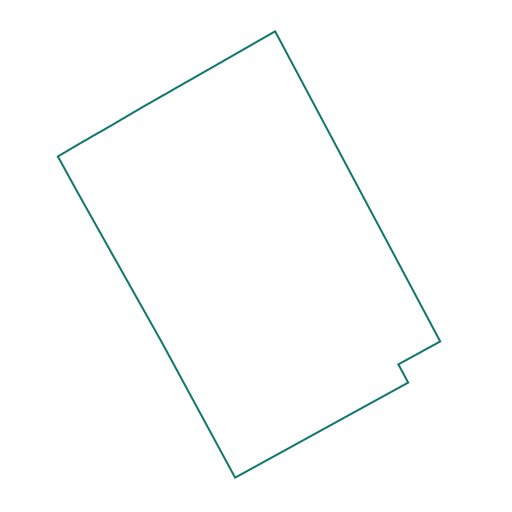 the district of Jasper, Missouri, United States of America, rotated 60°
{"feature_id": "52423323B94294410051786", "entity_name": "Jasper", "entity_type": "district", "adm_level": 2, "iso_a3": "USA", "parent_name": "United States of America", "parent_adm1": "Missouri", "projection": "natural_earth1", "projection_center": [-94.517, 37.206], "detail": "fine", "context": "isolated", "style": "outline", "palette": "teal", "viewbox_px": 512, "rotation_deg": 60, "n_neighbors": 0, "source": "geoboundaries", "source_scale": "gbopen_adm2", "svg_char_len": 617}
<svg xmlns="http://www.w3.org/2000/svg" viewBox="0 0 512 512"><g transform="rotate(60 256 256)"><path d="M441.7,187.5L421.0,186.9L422.1,139.2L71.0,127.1L70.9,148.1L70.9,149.4L70.9,160.2L70.6,228.0L70.5,230.3L70.6,237.1L70.5,238.1L70.5,244.7L70.5,254.7L70.4,255.0L70.4,265.3L70.4,270.2L70.3,276.4L70.3,281.6L70.4,293.5L70.6,316.2L70.6,318.3L70.5,331.8L70.5,339.3L70.6,345.3L70.5,347.7L70.5,347.9L70.5,353.7L70.5,354.1L70.6,362.9L70.7,377.8L97.9,378.4L105.8,378.6L183.9,379.6L186.1,379.6L196.5,379.7L203.5,379.8L210.1,379.9L282.4,380.7L437.5,384.9L441.7,187.5Z" fill="none" stroke="#0f766e" stroke-width="2"/></g></svg>